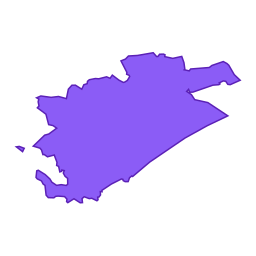 Dong Hoa, Phú Yên, Vietnam, rotated 91°
{"feature_id": "81297802B45644811289425", "entity_name": "Dong Hoa", "entity_type": "district", "adm_level": 2, "iso_a3": "VNM", "parent_name": "Vietnam", "parent_adm1": "Phú Yên", "projection": "robinson", "projection_center": [109.384, 12.945], "detail": "medium", "context": "isolated", "style": "filled", "palette": "violet", "viewbox_px": 256, "rotation_deg": 91, "n_neighbors": 0, "source": "geoboundaries", "source_scale": "gbopen_adm2", "svg_char_len": 1868}
<svg xmlns="http://www.w3.org/2000/svg" viewBox="0 0 256 256"><g transform="rotate(91 128 128)"><path d="M114.1,28.4L101.2,48.6L98.5,61.8L93.5,65.2L90.4,70.0L88.3,68.1L91.1,67.0L91.0,63.8L83.7,43.9L83.1,37.9L82.3,36.8L81.3,37.6L79.3,33.6L79.6,31.1L82.6,29.0L82.9,26.6L78.3,16.7L72.8,22.7L63.5,28.3L61.8,30.2L59.9,33.9L64.0,45.2L66.1,47.8L67.9,66.4L69.8,67.8L68.8,72.8L68.1,72.2L61.7,73.2L55.5,75.5L57.6,84.4L56.0,92.5L54.1,92.3L53.5,93.9L53.7,97.7L56.0,99.4L56.0,100.7L52.3,104.1L55.3,119.8L56.0,128.8L59.1,131.7L61.0,136.2L72.4,130.1L74.3,130.3L75.3,127.8L76.5,127.2L80.5,129.5L82.2,132.2L82.5,133.5L80.3,137.9L75.4,144.6L78.6,146.8L77.2,150.3L79.3,158.1L79.1,161.5L80.4,167.5L82.0,169.3L84.4,169.6L85.5,172.9L90.0,174.9L86.1,181.3L86.2,184.8L90.2,188.3L99.7,190.1L97.7,198.0L98.7,205.4L97.5,215.7L99.4,219.9L100.6,217.7L103.4,218.3L107.5,217.4L109.4,219.0L115.6,210.3L126.0,207.4L126.9,203.0L129.4,199.3L135.4,207.1L136.6,211.2L147.8,222.4L149.7,215.7L151.5,214.1L156.1,212.6L156.0,211.3L158.2,208.0L156.3,201.3L163.6,198.4L166.7,198.7L167.6,196.7L173.1,195.4L172.5,193.6L171.2,193.4L171.7,191.0L174.2,191.9L177.4,190.1L179.4,187.5L185.2,187.3L186.5,188.7L185.8,193.8L186.6,198.4L183.5,203.2L180.3,205.2L176.0,210.0L171.8,217.0L172.4,218.5L179.0,219.1L180.5,217.8L182.4,213.6L185.5,211.9L186.8,210.0L196.6,208.7L199.0,206.5L199.1,200.9L197.6,199.1L197.3,196.7L197.7,190.2L200.2,187.8L202.7,188.1L203.7,186.9L199.7,180.8L203.6,174.5L203.4,172.2L199.4,172.7L197.5,170.6L199.3,165.5L198.9,163.0L201.3,157.8L200.3,156.7L197.7,157.1L197.5,155.8L195.4,154.3L192.1,154.6L192.2,152.8L190.8,153.0L184.3,143.6L179.1,133.7L179.4,132.2L180.7,131.9L181.7,129.9L181.6,126.9L177.7,125.6L175.9,123.4L176.4,122.5L161.6,105.6L137.0,70.8L124.3,48.8L114.1,28.4ZM148.8,239.3L153.5,233.0L150.1,231.4L148.3,236.4L148.8,239.3Z" fill="#8b5cf6" stroke="#5b21b6" stroke-width="1.5"/></g></svg>